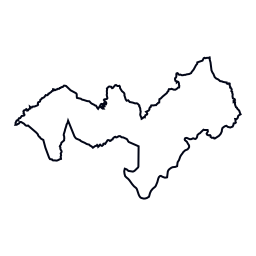 outline of Itumbiara, Goiás, Brazil
{"feature_id": "56859067B10821331858288", "entity_name": "Itumbiara", "entity_type": "district", "adm_level": 2, "iso_a3": "BRA", "parent_name": "Brazil", "parent_adm1": "Goiás", "projection": "natural_earth1", "projection_center": [-49.478, -18.376], "detail": "fine", "context": "isolated", "style": "outline", "palette": "ink", "viewbox_px": 256, "rotation_deg": 0, "n_neighbors": 0, "source": "geoboundaries", "source_scale": "gbopen_adm2", "svg_char_len": 5808}
<svg xmlns="http://www.w3.org/2000/svg" viewBox="0 0 256 256"><path d="M219.0,135.8L220.7,133.8L221.8,131.4L221.9,129.9L222.4,128.1L223.7,127.0L225.2,126.1L226.4,125.8L227.8,126.9L230.3,127.5L232.6,126.6L233.2,125.5L233.7,123.4L234.9,123.3L235.8,122.6L235.5,121.9L235.5,120.2L235.2,119.0L236.6,119.1L237.4,118.3L237.8,117.7L238.1,116.1L238.7,115.4L240.6,114.3L240.0,113.1L239.4,111.1L238.8,110.2L237.2,108.6L236.9,107.7L236.0,107.2L235.3,105.4L234.9,103.8L235.1,102.2L234.6,101.7L233.6,102.1L233.6,100.8L234.3,100.7L235.0,100.0L234.6,99.1L232.9,98.3L232.5,96.3L232.7,94.2L232.2,93.0L232.2,91.8L231.4,91.2L231.7,89.3L230.9,88.0L230.1,87.6L230.3,86.8L229.7,85.6L229.7,83.6L228.9,83.3L227.9,83.9L226.8,83.5L226.7,82.5L224.5,82.2L222.8,81.8L222.0,81.4L220.1,81.1L218.8,79.9L217.8,79.2L216.3,78.6L214.7,77.1L213.4,73.9L212.5,72.6L211.5,70.4L210.5,62.4L209.7,59.5L209.8,58.3L209.6,57.4L208.3,57.9L207.0,57.8L205.5,58.2L204.6,57.8L203.7,58.2L202.5,60.6L197.3,62.4L197.2,63.8L196.0,65.2L193.7,69.5L191.6,72.1L191.1,73.1L189.2,74.0L186.6,74.4L185.3,74.9L184.2,74.9L182.9,75.2L181.8,75.2L180.4,74.6L179.4,74.8L178.6,74.5L178.0,73.5L177.3,73.1L176.5,73.5L176.3,74.7L176.4,75.5L176.3,76.5L176.0,77.5L175.1,78.2L175.0,79.2L175.4,80.8L176.6,81.3L176.7,82.4L177.6,81.6L178.3,81.9L178.7,82.7L179.0,83.9L178.9,84.9L179.3,85.7L179.1,87.4L178.5,87.4L177.9,87.7L177.5,88.3L175.4,89.7L173.9,89.7L171.5,88.8L170.9,89.1L168.9,89.2L168.4,90.4L168.3,91.2L167.5,91.8L166.8,93.1L162.8,96.4L160.7,98.5L159.4,99.2L159.2,102.5L158.1,102.9L157.5,103.7L156.9,104.0L156.1,105.1L155.3,105.1L153.6,105.4L151.3,105.4L150.9,106.2L150.7,107.0L149.9,107.4L149.4,108.5L149.4,109.5L148.6,110.6L146.1,111.8L146.7,112.4L147.3,113.6L147.1,114.4L145.3,115.3L144.8,117.3L144.1,117.0L143.3,117.4L142.7,118.2L141.6,118.8L141.4,117.7L140.7,116.2L140.2,114.8L140.7,111.4L140.3,110.1L140.3,108.9L139.8,107.2L139.2,106.4L139.3,105.4L137.5,103.6L136.7,103.3L135.1,103.4L132.8,102.6L129.7,102.0L128.2,100.3L126.6,100.7L125.7,99.4L124.4,95.3L124.5,94.4L124.3,93.4L123.7,92.6L121.9,91.1L121.1,89.8L120.1,88.2L119.9,86.6L119.4,85.8L118.7,86.0L117.4,86.0L116.0,85.0L115.0,85.3L114.4,86.2L113.6,86.9L113.0,87.8L112.1,88.2L111.5,87.5L111.2,86.8L109.4,86.5L108.7,86.7L106.9,88.5L107.1,89.8L106.8,91.0L107.0,93.5L106.7,94.9L107.4,98.1L106.8,99.0L104.3,99.4L103.9,100.0L105.1,101.7L106.1,102.3L106.3,103.5L105.9,104.4L105.0,104.4L104.0,103.3L103.6,104.2L104.5,106.4L103.9,106.6L103.0,105.6L102.3,104.0L101.4,103.9L100.7,104.4L100.2,105.6L101.1,106.7L103.0,107.9L103.5,108.6L102.6,108.6L99.7,106.3L98.1,108.8L97.1,107.6L96.7,106.7L95.9,105.6L94.9,105.4L94.0,104.7L91.7,103.6L90.8,102.9L89.4,101.3L87.2,101.1L83.5,99.9L82.2,99.7L80.8,98.7L77.0,97.9L76.8,97.1L76.7,94.1L76.0,93.2L70.6,90.3L66.1,86.0L64.9,85.7L63.9,85.7L62.7,87.0L61.6,87.1L61.0,87.4L60.5,88.0L59.7,88.0L59.1,88.8L57.4,88.9L56.9,89.5L56.0,89.6L55.3,90.1L54.4,90.2L54.0,89.4L53.1,89.2L52.8,90.8L52.0,91.0L51.2,92.0L49.7,93.0L49.2,93.6L48.5,93.6L47.6,95.1L46.7,95.3L45.7,95.1L44.4,97.0L43.6,97.6L41.8,98.3L41.4,99.2L40.4,99.7L40.0,101.5L39.3,101.9L38.3,102.2L37.8,103.2L38.1,104.3L37.8,105.2L34.6,106.5L32.3,106.7L31.8,107.5L30.9,107.5L29.9,106.7L30.1,108.6L29.4,108.8L28.7,109.4L28.0,110.4L27.2,110.6L27.0,109.6L26.3,109.1L24.9,110.2L23.9,110.5L23.4,111.3L23.8,112.2L23.5,113.2L24.2,114.0L24.5,114.9L23.9,115.6L21.7,116.0L20.2,118.1L18.9,118.3L18.4,119.3L18.4,120.5L17.3,120.2L16.6,120.6L15.5,123.0L15.7,124.1L15.4,124.8L16.3,124.8L17.0,124.6L17.9,123.9L18.5,123.8L19.1,123.3L19.6,122.5L20.3,122.0L21.1,122.0L24.0,123.7L25.5,125.3L26.3,125.7L27.2,125.8L28.0,125.5L36.3,132.6L37.9,134.4L38.1,135.3L38.5,135.9L39.1,136.7L39.9,137.2L40.5,138.2L41.4,138.9L43.3,139.9L45.4,147.7L49.1,157.7L50.0,159.1L52.0,159.4L52.5,160.2L53.2,160.4L54.7,160.4L56.7,160.6L57.5,160.4L60.1,159.1L61.0,158.9L60.9,157.8L60.6,156.9L61.1,155.3L60.7,153.4L61.4,152.4L61.6,151.6L61.4,150.8L60.5,149.3L60.3,148.2L60.4,147.3L59.8,146.5L60.1,145.7L61.0,144.5L61.4,142.7L64.1,140.4L64.1,139.5L64.3,138.3L64.1,136.1L63.7,135.2L63.8,134.2L64.9,130.6L65.1,129.5L66.1,126.5L66.6,124.4L67.5,123.0L68.1,120.7L74.5,136.5L75.7,138.1L76.3,138.6L80.1,140.2L80.5,140.8L82.1,141.7L84.7,142.8L86.7,144.0L89.3,144.7L89.9,145.5L91.6,146.4L92.9,147.7L94.8,146.3L95.6,145.9L96.5,145.8L97.1,145.0L98.0,146.0L98.2,146.8L98.9,146.2L99.5,145.1L100.1,144.6L101.3,145.7L102.0,145.9L103.3,144.8L103.4,143.8L104.2,143.5L105.2,143.9L107.6,140.2L108.8,140.1L110.0,141.0L110.9,140.6L111.5,139.7L112.5,139.5L113.2,138.1L114.6,137.0L115.4,136.8L116.1,137.4L116.9,137.3L117.7,136.7L118.5,136.5L119.0,136.1L120.2,136.2L121.7,137.3L123.2,137.4L126.3,138.8L127.1,139.3L128.3,141.5L128.8,142.0L138.6,146.3L138.4,166.5L138.1,167.4L134.8,170.6L134.1,171.1L132.9,171.6L128.4,170.9L127.0,169.6L126.0,169.1L124.8,168.7L124.2,171.2L124.5,173.8L125.2,176.2L126.6,177.6L128.2,178.9L129.5,180.4L132.2,184.2L134.0,186.3L136.2,188.1L136.9,189.2L138.7,194.6L139.6,196.4L140.4,197.4L141.4,198.0L143.8,198.6L145.2,198.5L146.9,198.0L149.0,196.7L150.0,193.1L151.0,190.9L152.7,188.8L155.2,186.7L155.8,185.8L157.3,182.2L158.3,178.5L158.9,177.1L160.1,176.0L160.9,175.9L162.5,176.8L164.7,177.6L165.9,177.6L167.1,177.3L167.8,171.6L168.3,170.4L169.3,169.2L171.4,167.7L172.6,167.2L175.3,166.9L177.1,166.2L177.6,162.3L179.0,160.1L180.3,156.5L181.2,155.0L182.6,153.2L183.1,152.3L185.1,150.4L187.5,149.4L188.6,148.1L189.1,147.1L189.1,145.9L188.8,145.0L187.9,143.7L186.9,141.8L184.9,140.1L184.7,139.2L185.2,138.2L186.3,137.9L187.0,138.0L189.7,139.2L190.5,139.2L191.4,139.1L193.1,138.3L195.2,139.0L196.0,138.6L196.9,137.5L197.5,135.0L198.9,133.7L200.0,133.2L200.7,132.4L203.5,129.7L204.4,130.0L207.6,130.0L207.9,131.4L206.6,133.7L207.1,134.7L208.4,135.3L210.0,135.1L210.6,135.8L210.5,136.8L211.8,137.8L213.7,137.7L214.1,138.4L214.8,138.5L219.0,135.8Z" fill="none" stroke="#020617" stroke-width="2"/></svg>